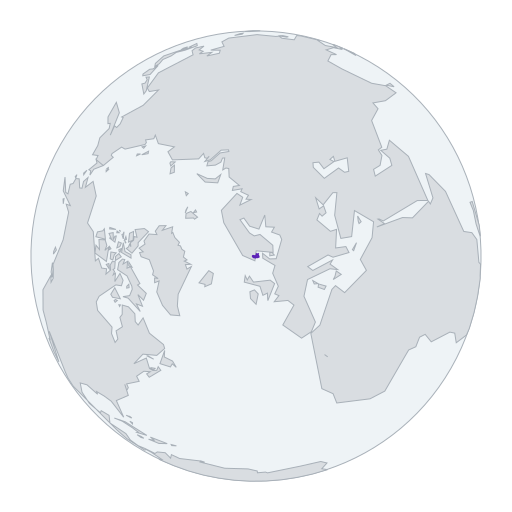 the Earth from above Aust-Agder, rotated 297°
{"feature_id": "NOR-912", "entity_name": "Aust-Agder", "entity_type": "County", "adm_level": 1, "iso_a3": "NOR", "parent_name": "Norway", "parent_adm1": "", "projection": "orthographic", "projection_center": [8.022, 58.924], "detail": "fine", "context": "on_globe", "style": "filled", "palette": "violet", "viewbox_px": 512, "rotation_deg": 297, "n_neighbors": 0, "source": "natural_earth", "source_scale": "10m", "svg_char_len": 11894}
<svg xmlns="http://www.w3.org/2000/svg" viewBox="0 0 512 512"><g transform="rotate(297 256 256)"><circle cx="256" cy="256" r="225" fill="#eef3f6" stroke="#a8b0b8"/><path d="M30.8,261.8L32.0,264.5L33.6,251.8L33.7,246.0L32.5,245.0L34.6,223.7L37.8,211.2L57.0,152.3L61.8,144.0L66.3,138.5L95.1,105.9L72.2,128.4L79.2,119.2L88.9,108.7L88.5,110.1L101.9,99.1L111.2,90.8L129.2,81.5L145.6,82.1L139.6,85.3L144.2,85.4L152.1,81.5L156.2,79.0L182.9,76.8L209.9,69.2L216.0,63.4L216.6,67.7L226.5,54.7L239.6,50.0L226.3,57.6L226.0,60.2L235.6,57.9L237.5,60.1L243.2,60.4L244.5,63.4L236.6,68.0L237.4,70.2L244.1,68.5L249.7,70.7L239.7,72.8L248.5,77.0L236.9,86.4L208.9,90.9L203.9,99.9L178.7,115.1L182.4,116.7L175.2,124.0L176.8,128.7L171.7,130.5L177.4,132.8L181.7,130.2L185.7,130.4L187.0,133.1L180.7,135.8L179.1,134.8L178.0,137.0L174.3,137.3L176.9,138.6L169.1,141.8L178.7,142.7L174.0,148.6L168.4,149.6L166.6,144.2L148.9,134.5L142.6,134.5L135.6,139.6L127.3,160.0L121.3,162.5L115.0,169.7L119.3,170.6L125.8,165.3L132.3,169.1L139.5,162.6L143.2,163.3L151.6,159.1L152.8,165.5L149.5,174.3L142.7,178.2L141.0,182.3L149.6,183.5L138.8,196.1L135.1,213.8L132.1,216.6L122.4,212.7L117.2,199.8L104.6,196.1L115.3,204.6L107.4,212.2L107.2,216.1L109.1,219.5L113.0,219.1L110.9,223.1L99.5,215.9L101.3,212.1L104.9,214.3L102.4,208.4L94.7,204.2L91.3,208.8L83.3,198.8L80.7,202.0L77.6,201.8L82.1,197.3L73.8,205.5L63.8,197.2L52.3,211.3L60.9,192.9L62.3,184.3L62.9,175.5L60.9,177.6L64.5,163.9L63.1,157.0L55.7,162.8L49.0,174.5L45.7,188.5L47.9,188.3L47.3,197.4L40.9,201.7L38.7,220.7L35.0,227.6L33.5,237.1L34.1,244.6L34.2,255.6L36.6,257.0L39.5,264.4L37.1,271.7L40.6,270.8L40.9,279.9L48.1,299.5L47.0,299.6L52.7,324.5L62.7,345.6L65.0,354.7L63.5,355.7L67.8,362.6L68.0,364.7L88.8,390.8L102.3,407.0L103.8,413.2L96.3,411.2L98.2,416.8L87.4,405.4L77.4,393.2L68.2,380.4L60.0,367.0L52.7,353.0L46.4,338.6L41.2,323.8L36.9,308.6L33.8,293.2L31.8,277.5L30.8,261.8ZM48.9,214.6L46.6,240.2L44.7,229.9L45.6,230.9L46.9,223.4L48.1,211.8L47.3,203.3L48.9,214.6ZM55.1,216.5L55.2,212.6L55.5,215.9L55.1,216.5ZM157.7,77.6L152.1,81.3L144.3,84.1L148.7,80.7L157.7,77.6ZM172.8,73.3L170.7,75.4L165.7,74.6L168.5,73.6L172.8,73.3ZM220.0,58.9L215.0,60.6L219.2,58.2L220.0,58.9ZM243.7,60.0L244.6,58.9L247.2,59.5L243.7,60.0ZM150.3,155.9L150.9,157.4L149.1,157.4L150.3,155.9ZM153.4,152.6L150.8,151.5L151.9,149.8L153.4,150.5L153.4,152.6ZM251.6,64.8L255.6,66.4L250.2,65.6L251.6,64.8ZM156.3,154.5L154.1,146.9L156.0,144.0L163.6,144.6L156.3,154.5ZM257.0,67.9L266.7,72.1L269.3,69.8L267.3,78.9L259.7,72.1L252.7,71.3L256.9,70.0L257.0,67.9ZM182.5,128.3L177.9,131.1L180.5,126.4L182.5,128.3ZM183.2,125.2L185.6,111.1L193.0,108.5L190.7,113.6L199.4,108.6L201.9,114.3L197.7,118.3L192.4,118.8L197.4,120.7L183.2,125.2ZM264.6,83.4L265.8,85.2L263.1,84.2L264.6,83.4ZM187.4,130.2L187.3,127.4L193.7,124.9L195.3,130.0L192.7,129.2L187.4,130.2ZM200.5,104.6L205.5,103.8L208.9,108.1L211.4,108.5L202.6,114.2L200.5,104.6ZM191.9,131.1L195.9,132.7L194.1,136.3L188.1,132.7L191.9,131.1ZM194.7,122.2L197.9,121.3L196.6,123.5L194.7,122.2ZM189.8,150.6L189.4,147.1L192.8,145.5L189.8,150.6ZM197.5,133.1L198.1,131.8L199.4,130.9L201.6,132.7L197.5,133.1ZM205.6,117.0L205.9,119.0L209.4,114.8L212.0,118.1L205.7,121.4L209.6,121.3L210.4,122.4L204.3,124.0L205.6,117.0ZM207.6,131.7L200.5,137.3L200.4,144.0L197.4,145.6L198.1,134.6L207.6,131.7ZM206.2,127.0L206.4,130.2L202.6,130.4L200.1,128.3L206.2,127.0ZM216.1,119.2L213.7,113.3L215.1,112.8L216.1,119.2ZM208.3,133.6L210.0,132.2L208.8,134.0L208.3,133.6ZM214.6,123.5L213.5,121.4L215.2,120.9L214.6,123.5ZM214.3,131.2L212.0,133.0L210.3,131.6L214.3,131.2ZM215.1,127.6L217.7,127.4L211.0,130.0L214.3,126.8L215.1,127.6ZM216.4,123.3L217.0,122.4L216.6,124.3L216.4,123.3ZM222.3,135.8L214.4,139.3L210.5,136.1L218.8,133.0L222.3,135.8ZM480.5,237.6L480.6,239.1L479.7,236.0L479.2,239.2L476.8,230.5L471.5,224.9L472.0,236.3L469.5,231.5L462.4,231.5L461.7,247.8L462.4,280.6L466.6,294.3L465.0,306.7L453.1,300.8L445.5,290.7L442.6,297.9L429.2,297.5L410.0,318.7L406.1,316.8L402.7,322.6L393.1,325.4L386.6,321.4L381.3,326.0L398.4,335.9L403.9,330.8L406.8,319.2L410.6,324.1L419.7,322.3L414.0,346.6L383.5,383.9L378.6,374.5L345.0,353.5L344.9,348.9L344.7,348.5L344.2,347.8L343.2,355.8L336.7,350.5L356.8,369.1L361.0,378.1L383.1,384.9L381.5,387.7L388.1,387.3L406.5,369.6L407.1,373.2L399.6,395.5L372.2,430.0L374.8,437.7L370.9,445.3L351.5,457.5L350.7,459.8L340.3,464.6L338.1,465.8L336.3,466.5L320.5,471.8L304.5,476.0L288.1,479.0L281.1,479.4L269.6,473.8L277.5,468.1L276.2,463.3L259.1,451.1L263.0,442.3L257.9,438.6L247.7,439.6L241.6,434.7L235.2,434.3L194.1,432.1L180.5,422.4L161.7,394.7L168.3,387.2L167.7,374.9L211.9,340.0L223.4,344.3L260.7,338.8L265.7,340.3L263.6,351.6L293.3,360.9L300.3,350.5L325.0,351.1L339.9,345.2L341.2,323.1L316.7,332.4L310.2,323.6L328.0,307.6L349.2,299.3L347.3,295.7L332.1,292.6L335.0,282.7L326.6,290.9L331.4,293.5L326.3,298.8L321.5,296.8L322.7,293.3L315.8,293.9L311.8,311.1L316.3,315.7L299.3,323.3L305.2,331.8L301.3,337.3L289.9,325.2L289.6,319.7L270.0,306.9L268.9,313.2L287.2,326.0L282.4,325.7L281.0,335.0L278.2,327.7L258.4,312.6L241.9,317.0L224.1,338.9L213.7,339.7L203.5,333.9L206.7,311.2L229.5,312.1L230.9,304.6L223.5,293.0L231.1,294.4L230.8,289.9L239.2,289.6L248.2,278.7L256.2,277.2L257.1,263.1L261.4,260.6L259.6,269.5L262.7,275.2L282.4,271.4L285.5,267.7L284.4,259.0L290.0,259.3L286.5,251.5L296.5,245.2L281.3,246.4L279.7,236.8L284.3,228.0L281.1,225.2L273.6,239.7L273.1,245.3L277.0,249.8L273.2,266.1L267.0,269.6L260.7,253.8L251.2,257.2L250.4,243.9L271.0,212.2L281.0,204.4L303.1,210.6L302.3,217.5L294.0,218.5L304.1,226.0L302.1,221.3L306.7,221.7L306.4,213.2L309.6,213.1L303.7,205.2L307.7,204.2L311.3,209.2L314.2,196.2L321.6,192.0L320.7,189.2L317.6,187.3L329.2,183.6L328.0,181.7L323.7,182.1L318.6,178.6L314.0,171.3L318.2,170.4L320.5,172.9L331.5,177.2L336.8,184.4L338.1,183.3L334.5,176.9L321.0,171.6L317.0,167.5L323.6,169.0L320.9,168.1L320.3,165.8L323.6,162.7L316.5,160.8L303.7,137.9L308.9,130.2L316.2,133.7L311.8,118.0L318.0,111.4L314.1,111.7L309.3,104.9L307.3,106.8L305.0,106.5L291.8,90.8L292.0,86.8L281.9,81.2L279.9,81.4L279.1,84.0L267.3,78.9L269.3,69.8L273.8,69.6L272.0,64.4L282.5,64.9L290.4,63.2L302.9,67.3L308.0,65.9L306.7,64.0L312.7,61.0L329.5,61.8L321.6,69.2L297.5,71.3L307.8,70.9L307.2,73.5L312.0,75.0L319.1,74.8L318.9,73.2L339.1,87.1L359.7,93.8L354.1,86.3L356.3,82.9L374.9,85.9L406.7,108.6L409.9,105.8L413.9,107.7L419.4,114.4L413.8,111.8L414.4,116.0L410.4,113.7L417.4,124.2L411.9,121.4L420.0,131.3L423.1,130.7L418.9,122.2L428.3,132.4L431.3,128.4L437.8,132.8L453.7,156.4L460.6,173.9L462.3,176.7L461.8,180.3L466.0,191.9L470.9,192.2L472.4,195.9L477.0,214.9L476.2,212.6L475.0,222.2L478.3,233.3L479.4,228.3L479.8,230.4L480.5,237.6ZM199.3,361.8L198.7,365.7L199.3,361.8ZM373.5,300.2L384.9,292.7L376.2,283.3L379.9,279.7L375.6,278.0L375.5,282.6L364.6,276.9L368.2,269.4L365.0,264.4L361.0,266.8L356.2,281.6L371.9,289.6L370.8,296.9L373.5,300.2ZM48.4,300.0L49.0,303.8L47.6,300.7L48.4,300.0ZM42.8,231.2L43.1,235.5L42.7,238.8L42.1,235.9L42.8,231.2ZM49.5,266.0L50.7,271.3L48.8,267.0L49.5,266.0ZM46.7,244.1L48.5,262.1L44.9,254.6L44.0,243.4L45.6,249.4L46.7,244.1ZM51.5,218.6L51.4,221.7L50.3,222.2L51.5,218.6ZM55.3,218.9L55.1,218.0L55.9,215.7L55.3,218.9ZM108.1,212.6L108.9,213.3L110.1,217.1L108.0,216.3L108.1,212.6ZM124.5,229.3L120.6,235.5L121.9,230.3L118.3,230.1L116.5,219.3L130.4,217.5L124.4,220.1L124.5,229.3ZM118.0,204.9L117.6,211.7L117.5,204.4L118.0,204.9ZM221.4,266.8L225.1,270.0L223.2,275.2L213.0,278.0L215.6,270.4L221.4,266.8ZM230.8,273.3L227.4,257.4L233.6,255.3L230.7,259.1L235.1,259.3L231.6,265.6L240.9,279.6L239.9,285.1L221.6,286.8L228.1,283.0L224.1,280.0L230.8,273.3ZM207.6,223.5L206.2,217.4L221.5,220.6L221.1,225.9L210.9,228.9L205.4,224.3L207.6,223.5ZM170.2,157.3L168.7,155.4L170.4,154.6L173.1,155.5L170.2,157.3ZM189.4,149.1L178.7,165.1L176.4,163.6L172.9,175.2L165.5,175.9L168.0,168.3L159.7,177.7L159.0,171.2L154.0,178.1L160.4,161.2L159.4,155.9L163.3,161.4L170.2,160.8L172.8,159.0L179.7,150.1L181.0,138.9L188.0,136.8L192.6,138.4L193.3,140.7L188.5,141.2L193.0,144.0L186.6,146.6L189.4,149.1ZM242.2,162.0L236.4,160.9L244.2,168.5L237.9,170.5L239.2,171.2L235.6,175.3L233.4,181.6L230.2,181.6L230.7,184.1L228.3,187.0L227.9,190.4L222.1,191.8L221.2,196.3L218.9,194.4L219.0,201.7L216.3,197.0L213.0,200.4L217.3,203.2L186.6,204.0L175.8,208.6L168.2,215.2L164.7,206.6L169.6,195.1L178.9,183.9L189.8,181.0L186.2,177.8L190.4,175.6L191.5,179.0L192.3,172.4L196.1,171.5L204.3,162.6L203.2,154.0L206.2,150.7L208.5,153.6L209.9,148.3L216.2,151.7L218.5,149.4L227.0,150.7L230.1,158.0L232.4,155.0L239.0,156.0L242.2,162.0ZM224.7,136.3L229.8,144.1L228.9,149.2L214.4,144.9L211.5,146.4L202.2,144.2L203.8,137.0L206.3,138.3L209.1,137.9L207.5,140.3L210.8,138.0L214.4,139.8L218.0,138.6L218.7,141.4L224.7,136.3ZM270.1,335.5L273.7,335.6L279.1,334.3L278.3,340.3L270.1,335.5ZM256.4,325.5L259.5,324.5L261.0,332.1L257.2,332.1L256.4,325.5ZM259.9,317.7L259.6,323.9L257.5,320.6L259.9,317.7ZM262.4,268.2L265.5,266.7L266.4,268.7L265.2,271.9L262.4,268.2ZM264.1,186.3L260.9,184.5L261.5,183.1L257.7,176.2L262.1,174.4L266.1,177.8L264.1,186.3ZM337.8,328.4L334.3,334.1L331.7,333.1L333.4,331.3L337.8,328.4ZM305.4,339.0L313.5,339.5L305.1,340.6L305.4,339.0ZM268.2,183.1L266.2,180.5L269.6,181.2L268.2,183.1ZM265.1,172.7L268.9,172.9L262.2,173.4L265.1,172.7ZM402.7,423.9L384.8,440.9L376.1,446.6L376.4,445.7L384.4,437.6L395.2,429.0L401.0,422.3L402.7,423.9ZM481.2,251.8L480.0,254.0L480.3,247.2L480.7,240.3L481.2,251.8ZM467.3,294.5L470.7,297.0L469.5,302.2L467.3,294.5ZM458.6,157.5L457.5,155.2L457.5,155.3L458.6,157.5ZM464.5,179.8L466.0,185.3L464.9,183.9L462.4,176.0L464.5,179.8ZM442.8,136.8L447.0,141.0L448.7,143.4L447.4,143.0L442.8,136.8ZM302.5,165.9L303.0,177.3L306.2,184.7L312.6,187.6L303.8,188.7L298.8,177.1L302.5,165.9ZM303.1,141.3L297.5,139.2L299.7,137.1L301.3,137.3L303.1,141.3ZM299.9,142.1L293.5,145.2L290.2,142.1L295.9,140.3L299.9,142.1ZM281.1,163.9L280.9,167.3L278.1,166.5L281.1,163.9ZM456.9,154.0L457.9,156.1L453.1,148.5L450.9,144.1L455.5,151.4L454.8,150.0L456.9,154.0ZM411.3,100.1L409.1,99.4L405.6,95.5L408.2,97.0L411.3,100.1ZM392.4,83.0L404.0,94.3L412.9,104.0L412.4,102.1L418.5,106.8L416.7,108.2L407.1,99.3L401.2,92.5L395.8,89.6L388.8,83.8L383.5,82.6L378.9,79.8L381.9,78.9L392.4,83.0ZM381.4,82.4L369.6,79.2L365.2,73.3L366.8,72.7L374.1,76.5L376.0,79.4L381.4,82.4ZM365.4,76.8L367.1,79.7L353.4,83.2L349.4,82.5L357.5,76.2L359.6,78.6L363.7,79.0L365.4,76.8ZM267.8,84.3L266.0,85.1L266.3,83.4L267.8,84.3ZM304.0,107.7L301.0,107.0L301.5,104.9L304.0,107.7ZM293.0,103.9L294.5,106.8L291.1,104.1L293.0,103.9ZM298.2,113.4L294.3,108.2L300.6,112.7L298.2,113.4Z" fill="#d9dde1" stroke="#a8b0b8" stroke-width="1"/><path d="M258.8,256.5L258.7,256.5L258.2,256.7L258.1,256.8L258.3,256.8L258.2,256.7L258.4,256.8L258.2,256.9L258.3,256.9L258.4,257.0L258.2,257.2L258.1,257.3L257.9,257.3L257.9,257.2L257.8,257.3L257.9,257.5L257.7,257.8L257.5,258.0L257.4,258.1L257.2,258.3L257.0,258.5L256.9,258.6L256.7,258.7L256.6,258.8L256.5,259.0L256.4,259.0L256.3,258.9L256.4,258.7L256.2,258.4L256.1,258.2L256.0,258.3L255.9,258.3L255.9,258.2L255.6,258.0L255.6,257.9L255.5,257.7L255.4,257.7L255.3,257.8L255.2,257.8L255.1,257.7L255.0,257.4L255.2,257.2L255.1,256.9L255.3,256.8L255.3,256.7L255.2,256.3L255.1,256.2L254.8,256.1L254.6,256.2L254.3,256.3L254.2,256.3L254.1,256.2L254.3,255.9L254.2,255.7L254.3,255.6L254.2,255.4L254.2,255.2L254.3,255.1L254.0,254.9L253.8,254.9L253.7,254.9L253.6,254.6L253.6,254.4L253.7,254.2L253.8,254.0L253.8,253.9L254.0,253.8L254.0,253.7L253.9,253.6L253.9,253.4L254.0,253.3L254.1,253.2L254.3,253.0L254.5,253.0L254.8,253.0L255.0,253.2L255.0,253.3L255.0,253.5L255.2,253.8L255.1,254.0L255.2,254.3L255.3,254.3L255.5,254.7L255.5,254.8L255.5,255.0L255.9,255.7L256.0,255.8L256.2,255.7L256.3,255.7L256.5,255.8L256.8,255.9L256.8,256.0L257.0,256.0L257.1,255.9L257.2,256.0L257.3,256.1L257.5,256.3L257.5,256.2L257.6,255.9L257.6,255.7L257.8,255.7L258.0,255.6L258.0,255.8L258.3,256.1L258.4,256.3L258.5,256.4L258.8,256.5Z" fill="#8b5cf6" stroke="#5b21b6" stroke-width="1.5"/></g></svg>